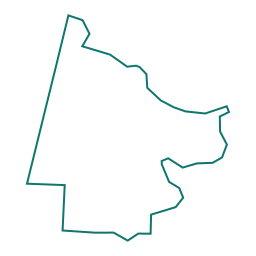 Cole, Missouri, United States of America (Equal Earth projection)
{"feature_id": "52423323B5889391019890", "entity_name": "Cole", "entity_type": "district", "adm_level": 2, "iso_a3": "USA", "parent_name": "United States of America", "parent_adm1": "Missouri", "projection": "equal_earth", "projection_center": [-92.198, 38.531], "detail": "fine", "context": "isolated", "style": "outline", "palette": "teal", "viewbox_px": 256, "rotation_deg": 0, "n_neighbors": 0, "source": "geoboundaries", "source_scale": "gbopen_adm2", "svg_char_len": 609}
<svg xmlns="http://www.w3.org/2000/svg" viewBox="0 0 256 256"><path d="M226.7,106.3L205.2,113.5L185.5,111.4L173.8,107.3L160.9,100.5L147.3,87.9L146.4,74.2L139.8,67.2L136.2,65.7L127.2,66.7L110.0,54.6L82.3,46.3L89.5,33.8L82.6,20.2L68.4,15.4L53.7,75.7L53.6,75.9L27.0,183.7L64.7,185.1L62.6,230.5L95.3,232.7L113.6,232.6L127.7,240.6L138.2,233.6L150.6,233.7L151.1,214.6L175.7,207.1L183.2,197.7L179.2,188.0L169.1,181.9L161.8,164.4L161.7,161.0L168.2,158.3L182.7,167.6L196.8,163.4L212.6,162.8L222.0,157.5L226.9,144.6L220.1,131.6L219.8,116.5L229.0,112.0L226.7,106.3Z" fill="none" stroke="#0f766e" stroke-width="2"/></svg>